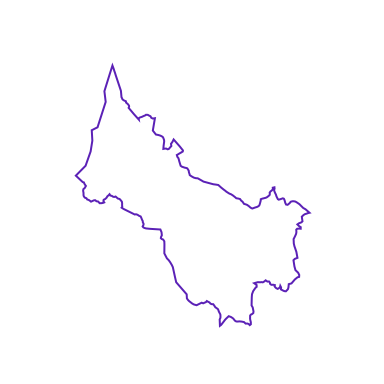 outline of Paulistana, Piauí, Brazil, rotated 253°
{"feature_id": "56859067B88497149636912", "entity_name": "Paulistana", "entity_type": "district", "adm_level": 2, "iso_a3": "BRA", "parent_name": "Brazil", "parent_adm1": "Piauí", "projection": "mercator", "projection_center": [-41.167, -8.128], "detail": "fine", "context": "isolated", "style": "outline", "palette": "violet", "viewbox_px": 384, "rotation_deg": 253, "n_neighbors": 0, "source": "geoboundaries", "source_scale": "gbopen_adm2", "svg_char_len": 4650}
<svg xmlns="http://www.w3.org/2000/svg" viewBox="0 0 384 384"><g transform="rotate(253 192 192)"><path d="M247.6,189.8L245.5,187.8L244.2,186.0L242.0,185.7L241.1,184.2L239.9,182.3L240.0,181.1L241.0,180.1L241.4,178.9L241.6,177.2L244.6,178.4L248.3,180.1L249.9,180.5L251.5,180.4L252.8,180.3L254.2,179.3L255.4,177.9L256.4,176.4L257.5,174.3L262.2,172.5L273.4,178.1L273.7,176.0L274.8,174.8L276.6,174.4L277.5,173.4L278.7,172.3L279.3,170.6L278.9,169.4L278.8,168.0L278.5,166.0L278.5,164.1L278.1,162.5L276.8,162.3L283.5,159.2L291.0,156.0L291.9,156.8L293.0,157.0L294.5,156.5L295.7,155.8L296.8,155.1L298.1,155.3L299.0,154.2L299.9,153.3L301.0,152.6L302.2,152.5L303.3,152.3L309.5,153.6L325.7,153.2L328.6,153.2L330.4,153.1L332.9,153.1L336.2,152.9L329.4,148.2L314.0,137.7L303.4,135.8L281.5,120.6L280.4,114.2L270.2,111.7L264.9,109.1L260.4,106.9L248.2,97.9L241.6,85.7L233.4,90.4L232.8,91.4L231.5,91.5L230.3,91.8L228.8,92.3L227.2,90.6L226.5,89.0L225.2,88.3L224.0,88.1L222.9,88.0L221.6,87.6L220.5,87.3L219.4,87.3L217.9,87.9L216.9,89.2L215.5,89.6L214.6,90.9L213.5,91.8L212.3,92.6L212.6,94.9L212.7,96.0L212.4,97.1L211.1,97.9L210.3,99.5L208.3,100.4L207.8,102.1L207.6,103.6L207.7,105.0L209.2,104.6L210.4,105.3L210.7,107.0L211.5,108.6L212.7,109.9L213.2,111.2L214.0,112.5L212.5,112.9L211.7,114.2L210.5,115.2L210.0,116.2L210.0,117.6L208.7,118.4L207.4,119.2L206.5,120.7L204.8,121.5L203.3,122.1L201.7,121.9L199.5,121.2L198.3,121.0L197.6,120.1L195.8,121.6L187.2,130.7L187.1,131.9L186.2,133.2L184.5,134.6L183.7,135.7L182.7,135.9L181.6,136.0L180.1,136.1L178.6,136.4L177.3,136.1L176.0,136.4L174.9,136.1L173.4,134.7L172.3,135.2L171.5,136.0L170.6,137.4L169.0,141.2L165.4,150.8L162.4,151.1L159.4,150.5L158.1,149.3L157.0,148.7L155.9,149.3L155.1,150.4L154.1,150.8L152.9,151.1L149.9,150.3L141.4,147.6L135.9,148.6L133.6,149.8L131.2,150.6L127.9,151.4L125.7,151.7L116.0,150.9L110.3,150.5L95.7,157.0L91.7,156.0L89.7,156.7L88.4,157.4L87.0,158.4L85.4,159.5L84.0,160.8L83.2,162.0L82.4,163.3L83.3,168.9L82.3,170.1L82.5,171.9L82.6,173.1L83.4,174.3L82.4,175.2L81.3,176.4L79.9,177.0L79.0,178.0L78.5,179.5L76.8,180.1L75.0,180.6L73.7,181.6L72.5,182.5L71.2,182.7L69.9,182.7L66.6,183.3L65.2,183.0L63.4,182.4L62.0,181.2L55.9,179.6L56.4,181.0L59.0,184.7L60.1,186.2L60.8,187.4L62.5,190.8L61.1,192.7L59.8,193.8L58.8,194.5L57.7,194.9L56.3,195.5L55.3,196.4L54.8,197.6L54.4,199.6L53.5,201.7L52.4,203.7L50.5,204.8L50.0,206.5L49.2,207.6L47.8,208.3L48.3,209.6L50.3,210.2L52.5,210.3L53.9,210.5L55.4,211.0L56.7,211.4L57.5,212.3L57.7,213.7L58.3,215.2L59.8,215.9L63.9,216.3L66.1,215.8L70.6,217.3L73.9,218.4L76.7,219.5L79.3,221.5L80.9,223.5L82.0,225.0L82.4,226.1L84.2,226.6L86.6,224.8L86.6,226.4L86.5,228.7L85.7,230.9L85.5,232.1L84.9,233.3L85.3,235.0L86.0,236.6L84.3,237.9L83.9,239.5L82.6,240.0L81.4,239.8L80.1,240.7L79.5,242.7L78.7,244.0L77.7,243.4L76.5,243.8L75.3,244.5L74.3,245.6L74.6,247.0L75.2,248.3L76.4,249.0L74.7,249.3L72.8,248.6L70.7,250.7L70.0,251.7L69.6,252.8L71.0,255.3L72.5,256.3L75.6,257.6L75.5,260.4L78.3,264.8L79.6,268.0L79.5,269.6L81.3,270.3L83.8,269.9L87.0,268.1L90.9,268.2L97.1,269.1L98.0,270.8L98.2,273.6L104.2,274.3L107.8,274.2L110.2,274.1L113.0,274.3L115.7,275.0L117.3,275.4L118.4,276.5L119.9,277.9L121.5,279.3L123.1,280.1L125.5,280.7L126.1,281.8L125.7,283.7L125.1,285.2L126.6,285.7L128.1,284.4L130.2,283.3L130.8,285.1L131.0,287.8L131.7,289.1L133.2,289.3L136.3,289.8L137.4,292.0L137.8,293.5L137.8,295.3L137.9,297.0L137.8,298.3L142.3,295.5L144.2,293.7L146.8,292.3L148.9,291.2L151.4,289.2L152.6,288.1L153.3,286.8L153.8,285.3L153.8,283.5L152.9,282.3L152.2,280.7L151.8,279.7L152.5,278.3L154.5,278.0L156.0,278.1L157.3,278.1L158.7,277.9L159.4,277.0L159.3,275.1L159.3,272.7L160.1,272.0L161.3,271.8L163.0,271.5L165.0,271.5L166.7,271.2L168.7,271.0L169.9,271.1L171.0,271.9L172.4,272.2L172.5,270.5L171.1,270.2L170.2,268.9L169.6,267.3L168.7,266.1L167.2,265.8L166.3,265.2L165.6,263.5L165.1,262.2L164.9,260.9L165.0,258.6L165.1,257.2L165.0,255.7L163.7,255.2L161.6,253.9L160.2,253.0L159.4,252.3L158.9,251.0L158.7,249.9L158.7,248.6L158.7,247.3L158.6,245.9L158.6,244.8L159.4,243.9L160.2,243.2L161.6,242.4L163.5,241.0L164.6,239.6L165.4,238.3L167.9,237.5L169.6,236.4L171.2,235.9L172.1,234.5L173.1,232.5L174.3,231.8L176.9,230.0L178.5,228.6L179.5,227.3L182.3,224.9L183.3,224.3L185.2,222.9L187.7,221.2L191.0,219.2L192.0,217.2L193.2,214.6L198.6,206.0L199.5,205.2L203.4,201.5L204.1,199.7L205.1,198.1L206.4,196.8L207.3,196.0L208.8,194.8L210.1,194.9L211.6,194.8L213.4,195.1L216.0,194.4L216.8,193.3L217.3,192.3L218.1,191.2L219.1,189.8L220.4,188.8L223.3,188.8L225.2,188.8L226.9,188.9L228.4,188.9L229.8,188.3L231.8,188.3L233.4,195.0L234.4,195.5L239.2,193.6L247.6,189.8Z" fill="none" stroke="#5b21b6" stroke-width="2"/></g></svg>